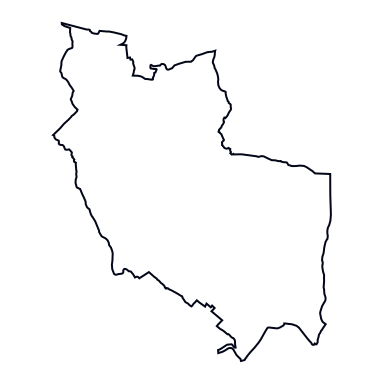 Catunele, Mehedinti, Romania
{"feature_id": "2599482B53322933719204", "entity_name": "Catunele", "entity_type": "district", "adm_level": 2, "iso_a3": "ROU", "parent_name": "Romania", "parent_adm1": "Mehedinti", "projection": "albers", "projection_center": [22.933, 44.84], "detail": "fine", "context": "isolated", "style": "outline", "palette": "ink", "viewbox_px": 384, "rotation_deg": 0, "n_neighbors": 0, "source": "geoboundaries", "source_scale": "gbopen_adm2", "svg_char_len": 5834}
<svg xmlns="http://www.w3.org/2000/svg" viewBox="0 0 384 384"><path d="M218.3,353.1L222.2,351.9L225.0,350.5L228.0,348.5L229.0,348.1L231.0,348.0L232.0,348.3L233.4,349.6L236.5,355.0L238.5,357.1L240.4,358.8L241.0,361.0L244.1,360.2L245.0,359.6L245.4,358.4L246.3,357.7L246.7,356.7L250.2,352.4L254.6,347.6L258.7,342.5L260.6,339.7L265.8,330.5L267.5,327.9L268.3,327.5L269.1,327.5L276.1,328.3L277.8,328.3L279.7,327.6L283.1,325.7L284.0,324.7L284.3,323.4L292.1,324.3L296.5,325.8L298.9,327.6L307.0,338.0L309.4,340.9L311.4,343.0L311.8,344.0L312.5,344.7L313.8,344.9L314.7,343.5L315.8,344.3L316.4,344.3L316.9,343.7L317.6,342.3L317.7,339.8L318.6,336.7L319.0,334.6L320.1,333.0L321.2,330.6L321.9,330.0L322.8,328.4L325.7,324.2L323.1,322.3L322.3,321.3L321.2,318.9L320.1,313.3L320.5,311.1L322.1,306.1L325.2,300.8L325.4,300.1L325.6,298.3L325.4,296.9L324.4,294.0L324.0,288.8L323.6,287.5L324.1,281.2L324.0,277.2L324.1,275.0L323.1,271.8L322.4,267.8L322.3,265.2L322.7,264.2L322.7,263.2L322.7,262.1L322.1,260.6L322.1,259.5L322.5,256.2L323.2,254.4L323.7,252.4L324.3,247.2L325.5,242.1L326.5,240.1L327.4,239.0L327.8,235.9L327.4,233.8L327.3,231.6L327.5,229.4L328.0,227.5L329.2,225.1L330.4,220.7L330.9,214.6L330.3,195.3L330.2,174.0L315.0,173.4L312.4,171.0L311.5,170.5L307.3,167.6L304.5,166.1L302.7,165.8L299.2,165.6L296.7,166.0L292.8,166.1L291.7,166.0L288.3,164.9L287.4,163.3L286.6,162.4L282.9,162.1L281.2,161.6L280.8,161.4L280.7,161.0L278.8,161.2L275.1,160.3L271.9,160.2L269.3,159.1L263.8,156.4L261.7,156.1L258.1,156.9L256.6,156.3L241.7,154.3L233.7,154.4L233.4,153.9L231.9,154.6L231.4,154.3L230.3,153.3L230.4,152.9L231.0,152.1L230.1,150.5L230.2,148.9L229.1,148.7L228.9,148.2L228.5,147.9L226.9,148.7L226.4,148.7L224.9,148.2L223.9,147.4L223.5,146.5L223.0,146.2L222.6,145.4L222.0,145.1L222.2,143.8L221.9,142.9L222.0,142.2L223.6,140.5L223.9,140.1L223.9,139.7L223.3,138.8L221.3,134.1L220.2,133.3L219.8,132.5L218.7,132.1L218.5,131.7L218.9,130.7L219.1,130.5L219.1,129.7L221.2,127.5L222.0,125.5L222.9,124.3L223.8,122.7L224.0,121.5L223.6,121.2L223.5,120.7L223.6,119.0L223.8,118.6L224.4,117.6L225.4,118.1L227.4,115.7L228.0,114.6L228.9,112.5L230.7,109.9L231.1,108.6L230.7,107.1L230.7,104.7L230.4,104.2L228.7,102.9L228.6,101.7L227.6,100.9L227.2,99.0L226.5,97.5L225.7,93.9L225.6,91.8L225.1,91.5L222.4,90.6L221.0,89.8L219.5,88.0L218.4,85.5L218.0,82.0L218.3,79.4L218.0,76.8L217.2,73.4L215.4,69.3L214.6,67.9L214.2,65.7L212.8,62.5L213.2,59.8L214.3,57.1L214.7,55.2L215.0,51.5L215.2,50.7L212.1,51.7L207.3,52.2L202.1,54.1L196.3,55.8L195.5,56.6L193.1,60.1L191.1,61.7L185.6,61.8L178.6,63.9L174.5,65.4L172.1,68.2L168.7,69.6L167.7,69.6L166.8,69.2L166.1,68.0L165.6,66.2L164.8,64.8L163.7,64.2L162.6,64.0L161.8,64.0L160.6,64.7L159.8,65.7L158.0,65.7L155.9,66.1L153.5,66.2L151.0,64.9L150.5,65.3L150.4,66.6L150.4,67.9L150.7,68.4L153.5,68.9L156.4,69.1L156.6,69.6L156.4,70.1L155.4,72.5L154.2,72.9L154.2,74.6L153.9,75.8L153.5,76.8L153.0,77.4L152.7,78.6L153.0,79.0L152.9,79.4L152.6,79.6L151.5,79.7L147.7,79.1L145.7,79.0L144.9,78.8L142.3,77.0L140.2,76.2L138.2,75.8L132.8,75.6L133.7,72.5L134.0,70.3L134.2,70.2L134.6,68.8L134.5,67.5L133.2,63.7L133.2,61.5L132.2,59.4L130.5,59.6L130.0,57.5L127.5,58.0L126.3,47.5L126.4,45.2L120.3,44.8L122.8,43.6L124.3,42.4L125.4,40.6L126.1,38.8L126.5,35.9L124.2,35.4L121.2,34.2L113.7,32.4L108.9,31.5L106.6,31.5L99.6,30.9L98.1,33.7L96.7,33.9L94.0,33.5L91.9,32.9L91.3,31.9L90.0,31.1L89.8,29.9L88.5,29.5L86.5,29.5L61.8,23.0L61.9,24.4L64.5,26.1L70.2,28.0L70.0,32.3L70.5,34.3L70.4,35.2L70.7,36.3L71.3,37.2L71.8,39.8L72.6,41.4L72.4,43.3L72.5,46.3L72.4,47.5L72.0,48.0L69.3,48.9L67.6,49.8L65.7,52.7L63.6,56.7L61.7,60.9L61.4,62.9L61.3,65.5L60.4,69.9L60.2,71.2L60.3,71.6L61.5,73.2L62.0,75.9L62.6,77.3L63.3,77.9L65.7,79.1L66.9,80.3L68.4,82.4L69.5,84.7L72.1,88.3L73.6,90.8L73.6,91.1L72.7,92.6L72.2,95.9L70.8,99.1L70.8,99.6L71.4,100.6L72.5,103.8L74.8,107.1L76.9,109.0L77.5,109.7L77.1,110.2L77.2,110.9L76.1,112.2L73.6,114.7L71.7,116.0L71.0,117.1L68.5,119.7L64.0,123.8L60.2,128.2L53.1,135.1L53.6,135.3L54.3,135.9L54.4,137.5L55.7,139.3L58.7,140.7L58.9,141.8L58.8,143.7L59.3,144.3L60.5,144.9L62.5,145.0L63.4,145.7L64.1,146.7L64.8,148.8L65.3,149.5L66.9,149.8L69.2,149.4L71.7,152.2L71.9,152.7L71.4,154.8L71.5,155.1L72.6,156.5L72.2,157.1L74.3,159.4L74.0,160.1L73.9,160.6L74.0,161.2L74.3,161.9L74.9,162.0L76.0,162.9L75.7,163.6L76.3,170.6L76.6,171.3L76.2,173.9L76.3,175.2L76.6,176.9L75.8,179.4L75.5,182.6L76.6,187.0L77.1,187.6L80.1,189.0L82.5,194.7L83.6,196.9L85.3,200.8L85.7,202.2L85.7,204.0L86.9,207.0L88.2,208.4L89.4,209.2L90.5,213.2L91.2,214.9L92.0,216.4L92.7,217.2L95.3,221.5L99.1,230.8L99.1,232.0L99.6,232.9L101.5,236.1L102.6,236.9L104.9,238.0L106.3,239.0L107.7,240.5L108.8,242.9L109.1,245.1L110.9,247.5L111.9,250.1L112.4,251.7L112.7,253.9L112.4,260.9L111.9,264.7L112.2,268.5L112.3,269.4L113.6,272.6L113.9,273.7L115.3,274.7L116.5,274.7L118.4,274.1L121.8,273.7L122.9,273.1L123.3,272.1L123.3,270.3L123.8,269.4L124.5,268.9L125.7,269.0L126.7,269.5L128.9,271.3L129.6,271.2L131.0,271.7L133.2,274.4L135.0,277.5L136.2,276.8L137.6,276.8L138.3,277.1L139.3,278.3L148.9,272.1L154.3,276.9L156.7,278.6L157.3,279.6L159.1,280.8L160.7,282.7L163.0,284.5L164.5,286.1L164.7,286.6L164.8,287.3L165.7,288.5L166.2,288.5L166.0,287.9L168.1,288.4L169.4,289.5L170.8,290.0L177.6,293.7L181.1,295.9L182.0,296.2L182.3,296.6L182.4,297.5L185.5,302.2L187.8,303.4L189.6,305.2L191.4,306.4L192.1,305.9L193.7,303.6L195.3,302.1L196.8,300.3L199.1,302.3L205.1,306.6L206.5,303.6L210.8,307.3L212.1,305.6L214.6,308.0L211.5,311.3L222.2,320.3L217.8,324.8L216.8,326.1L220.0,328.8L223.4,330.8L227.5,334.3L228.3,334.1L229.4,334.9L231.1,336.9L232.6,338.0L233.3,338.1L233.8,338.7L234.6,339.7L235.0,341.4L235.1,342.6L234.9,343.3L235.1,344.0L235.1,344.8L235.6,347.3L235.6,347.6L235.0,347.6L234.2,347.3L232.3,344.8L231.5,344.3L227.1,344.7L220.7,348.9L219.2,349.7L218.1,350.0L218.3,353.1Z" fill="none" stroke="#020617" stroke-width="2"/></svg>